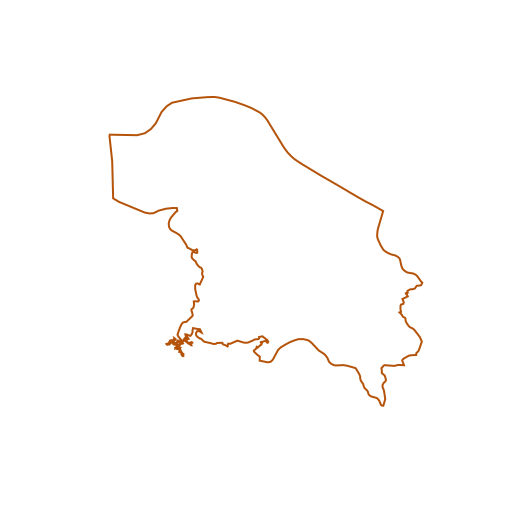 the district of Quang Yen, Quảng Ninh, Vietnam, rotated 122°
{"feature_id": "81297802B38356347526872", "entity_name": "Quang Yen", "entity_type": "district", "adm_level": 2, "iso_a3": "VNM", "parent_name": "Vietnam", "parent_adm1": "Quảng Ninh", "projection": "equal_earth", "projection_center": [106.908, 20.924], "detail": "fine", "context": "isolated", "style": "outline", "palette": "amber", "viewbox_px": 512, "rotation_deg": 122, "n_neighbors": 0, "source": "geoboundaries", "source_scale": "gbopen_adm2", "svg_char_len": 6124}
<svg xmlns="http://www.w3.org/2000/svg" viewBox="0 0 512 512"><g transform="rotate(122 256 256)"><path d="M282.8,407.7L282.7,400.9L278.1,373.3L276.3,368.7L274.0,365.6L268.9,362.4L263.6,357.4L259.3,351.9L257.3,348.5L259.6,346.6L261.2,347.4L268.8,348.5L271.8,348.2L274.8,347.2L277.4,345.1L278.7,343.0L279.0,341.1L279.0,339.8L278.7,336.4L278.7,333.0L279.1,330.5L283.4,321.2L285.1,318.9L285.3,318.2L285.0,317.3L284.8,313.3L284.1,311.4L283.2,310.6L281.8,309.9L281.9,309.2L284.3,307.6L284.9,307.9L285.7,311.0L286.6,311.9L288.2,311.5L290.9,310.1L291.8,308.9L292.3,306.9L292.5,304.5L294.0,302.3L295.0,299.6L295.3,298.0L295.1,296.2L295.7,294.9L297.5,293.0L299.0,292.7L300.4,291.7L301.6,289.7L310.0,288.6L310.2,291.0L311.2,292.1L312.6,292.3L316.1,290.2L320.6,285.9L322.3,283.8L323.0,281.9L323.9,280.9L325.1,280.9L327.1,284.3L327.5,284.7L330.0,282.7L332.2,281.9L333.7,281.8L335.1,282.4L336.4,282.0L337.3,280.7L339.7,278.3L340.6,278.1L348.8,280.2L349.6,281.3L351.2,282.7L353.1,283.0L356.7,282.6L362.3,281.4L364.4,280.8L365.2,279.6L367.3,273.9L367.2,273.6L366.7,273.2L361.9,272.6L361.2,272.9L359.9,274.4L359.4,273.7L358.6,269.4L357.3,269.2L355.9,269.1L354.0,269.5L353.2,270.2L350.5,271.2L348.9,266.9L347.8,264.8L349.8,261.5L349.9,262.4L349.7,264.1L350.4,265.4L351.2,266.2L352.6,266.1L353.9,265.6L354.8,264.8L355.3,264.0L355.6,262.7L355.8,260.2L355.3,259.1L356.1,254.8L355.9,253.8L353.9,248.2L353.2,245.6L351.8,243.5L350.4,242.9L347.6,238.9L347.5,238.4L348.1,238.0L348.4,237.1L347.8,234.1L347.8,232.2L347.5,232.1L346.7,232.7L345.0,233.1L344.1,231.3L337.7,227.0L335.9,220.5L334.7,218.2L333.4,216.7L329.0,213.7L327.7,213.1L325.1,209.9L324.2,209.7L323.1,210.5L320.7,208.0L321.4,201.7L321.9,201.7L322.2,200.2L323.4,200.1L323.6,200.4L322.9,202.4L323.0,203.0L325.1,204.9L326.3,206.2L326.6,206.3L326.8,205.9L326.9,205.1L326.8,204.8L328.5,204.5L328.7,204.9L332.4,205.9L332.6,207.3L333.0,207.2L333.0,206.3L336.6,207.5L337.5,207.6L337.9,207.3L338.3,206.5L339.1,202.4L339.3,199.5L342.8,197.4L340.0,189.8L338.4,187.9L337.3,187.3L335.0,186.8L324.1,187.5L320.4,186.6L315.9,184.3L311.1,181.6L306.7,178.3L304.0,175.9L301.5,172.0L300.0,167.7L299.8,165.7L300.2,162.8L302.9,152.6L302.9,147.2L303.3,144.7L304.5,141.6L307.0,138.0L307.6,135.2L307.3,132.2L306.6,130.4L302.3,124.2L300.8,120.7L298.4,112.5L298.5,111.6L301.5,105.8L303.0,103.8L304.8,102.6L306.3,100.8L307.7,97.4L309.7,95.2L310.6,93.5L311.1,90.8L311.7,89.4L313.7,87.1L314.1,85.4L313.9,83.1L312.6,79.1L312.5,77.4L313.4,74.8L316.0,71.2L316.1,70.0L315.8,69.3L315.5,68.7L308.8,70.6L303.2,75.4L301.9,76.7L300.1,79.2L298.6,80.2L296.3,80.5L293.4,79.8L292.2,80.1L289.9,82.6L289.1,83.7L288.7,87.2L286.3,88.7L284.7,90.2L281.3,89.6L280.5,89.2L275.8,80.3L273.1,77.8L270.2,72.6L267.1,76.7L266.8,76.8L265.9,76.7L264.6,76.3L259.4,73.5L257.3,71.0L255.1,67.7L253.3,68.6L250.9,67.9L249.0,68.1L240.7,70.0L237.9,74.1L235.1,81.5L234.4,84.1L234.8,87.8L234.3,89.9L232.9,93.0L231.7,94.7L229.7,96.3L229.5,96.7L229.6,99.4L228.6,101.2L227.8,104.4L226.6,103.4L224.5,105.3L222.0,106.9L220.4,107.3L218.4,105.7L216.9,106.2L214.9,109.0L209.8,105.9L208.9,107.5L208.7,108.6L208.2,109.2L207.9,109.1L207.4,107.9L207.2,107.8L206.7,107.9L205.7,109.0L205.2,109.0L202.8,107.7L201.9,106.8L201.5,105.9L199.5,104.1L196.1,103.9L194.0,101.1L193.0,100.5L190.4,100.9L190.2,102.4L187.9,108.0L187.4,109.6L187.3,111.0L187.5,113.3L189.7,118.6L189.9,120.3L189.8,122.3L189.5,123.9L188.8,125.6L187.5,127.3L182.8,131.9L182.0,133.2L181.6,134.9L181.7,138.1L183.0,142.1L183.5,145.4L183.6,148.4L183.3,151.1L181.1,155.6L177.3,161.4L176.0,162.9L174.5,164.1L170.9,166.0L167.7,167.2L150.5,172.0L151.0,184.4L151.7,191.7L152.2,203.6L152.7,224.1L153.4,243.5L153.7,264.4L153.6,271.4L153.4,275.0L152.8,278.8L151.5,283.9L149.3,289.6L134.8,318.6L133.6,321.9L132.6,325.6L132.3,328.6L132.9,338.1L134.2,345.5L136.5,355.8L141.2,371.1L143.3,375.8L147.1,381.5L156.4,394.0L170.5,408.4L176.3,411.1L183.8,412.4L196.6,411.3L204.0,412.4L210.8,415.3L216.6,420.9L230.6,444.3L231.6,444.0L232.6,443.3L251.8,428.2L282.8,407.7ZM371.4,280.5L369.5,280.0L369.1,280.3L369.0,281.5L369.5,280.9L369.8,280.8L370.3,281.6L370.9,281.5L371.5,281.9L371.8,281.9L372.3,283.3L372.8,283.7L373.3,283.7L373.5,284.1L374.4,284.0L374.5,283.2L374.9,283.0L375.1,283.8L375.5,283.7L376.0,284.0L376.7,283.8L378.0,285.4L378.3,285.1L378.3,284.1L377.4,283.3L376.9,282.5L376.3,282.6L375.3,282.2L374.9,282.5L373.3,281.1L372.9,280.2L372.5,280.3L372.2,281.2L371.8,281.1L371.4,280.5ZM371.8,273.7L370.6,273.2L370.5,273.4L370.9,273.9L371.7,273.9L372.3,274.9L372.5,275.7L372.4,278.1L372.5,278.5L373.5,279.6L374.4,279.7L374.6,278.7L374.5,278.3L373.8,278.1L373.2,277.4L373.3,275.9L373.8,276.1L374.2,276.0L374.2,275.7L373.8,275.2L374.3,274.4L373.4,273.3L373.1,273.6L372.2,273.4L371.8,273.7ZM377.8,269.4L376.8,268.7L375.9,269.8L375.7,270.5L374.9,271.3L375.2,272.5L375.1,272.9L374.7,272.3L373.8,271.8L373.8,272.2L374.6,273.1L374.2,274.0L374.5,273.9L375.1,274.3L375.0,273.2L375.9,273.1L376.2,271.8L376.1,270.7L376.5,269.6L377.0,269.7L377.0,270.2L377.7,270.4L378.1,270.2L377.8,269.4ZM379.5,266.2L379.7,264.9L379.3,264.6L378.5,265.4L377.7,265.4L377.5,265.7L377.7,267.0L377.2,267.4L377.0,268.0L377.4,268.2L378.0,267.9L378.3,267.3L379.0,267.1L379.5,266.2ZM369.8,272.5L369.3,271.8L368.8,271.6L368.5,272.5L367.7,272.6L367.7,273.2L368.0,274.7L368.7,274.9L369.3,274.7L369.5,273.9L369.4,273.4L369.8,273.0L369.8,272.5ZM365.8,268.9L366.1,266.7L365.8,265.5L365.9,264.6L366.2,263.9L365.9,263.4L365.5,263.9L365.5,265.3L365.0,266.0L365.4,268.3L365.3,268.8L365.8,268.9ZM365.5,272.5L365.8,271.8L365.6,270.4L365.2,269.5L364.9,269.5L364.6,270.0L364.9,272.2L365.0,272.5L365.5,272.5ZM362.2,269.9L362.0,269.4L361.5,270.0L361.5,270.4L362.4,270.5L363.0,271.9L363.3,271.9L363.4,270.1L362.2,269.9ZM376.8,275.5L376.8,273.5L376.4,273.1L375.9,273.7L375.9,274.6L376.0,275.4L376.3,275.7L376.6,275.9L377.1,275.6L376.8,275.5ZM370.0,276.8L370.0,276.3L368.8,276.7L369.3,277.8L371.1,277.3L370.9,277.0L370.0,276.8ZM363.8,264.5L363.4,264.0L363.1,264.1L363.4,265.4L364.2,265.8L364.5,265.5L364.6,265.1L364.3,264.7L363.8,264.5ZM361.1,272.7L361.7,272.4L361.7,272.0L360.8,271.8L360.3,272.0L360.3,272.6L361.1,272.7Z" fill="none" stroke="#b45309" stroke-width="2"/></g></svg>